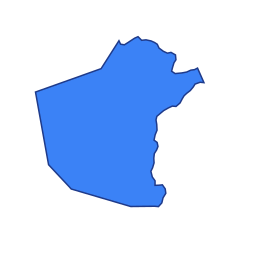 São José do Bonfim, Paraíba, Brazil, rotated 158°
{"feature_id": "56859067B5531543323181", "entity_name": "São José do Bonfim", "entity_type": "district", "adm_level": 2, "iso_a3": "BRA", "parent_name": "Brazil", "parent_adm1": "Paraíba", "projection": "orthographic", "projection_center": [-37.335, -7.141], "detail": "fine", "context": "isolated", "style": "filled", "palette": "blue", "viewbox_px": 256, "rotation_deg": 158, "n_neighbors": 0, "source": "geoboundaries", "source_scale": "gbopen_adm2", "svg_char_len": 1021}
<svg xmlns="http://www.w3.org/2000/svg" viewBox="0 0 256 256"><g transform="rotate(158 128 128)"><path d="M203.5,92.7L154.9,54.2L132.7,45.5L129.2,43.7L124.7,45.9L121.7,50.1L117.4,53.3L116.3,57.6L117.4,62.4L120.8,63.4L124.4,64.7L122.7,68.9L123.8,73.5L123.0,79.3L120.2,81.8L116.9,85.9L115.4,90.3L113.2,94.4L109.6,97.0L107.1,99.7L106.4,103.7L108.4,107.0L105.4,111.5L101.9,115.1L100.0,120.6L99.0,125.0L96.9,128.0L92.4,129.5L88.3,130.8L82.9,131.5L78.7,131.7L75.4,130.0L70.4,131.7L66.6,134.9L63.9,136.9L60.5,138.2L56.2,139.4L52.1,141.6L49.4,143.6L44.0,143.4L40.6,141.6L41.1,157.5L44.5,157.2L48.0,158.1L52.6,157.9L57.5,158.9L63.9,160.8L66.3,164.3L63.9,167.6L60.9,171.3L58.0,173.3L56.6,178.0L59.8,182.0L63.4,182.6L66.5,185.9L69.3,190.5L69.5,194.7L71.4,197.4L74.0,200.1L78.3,203.0L82.5,204.2L84.5,208.9L88.2,208.8L91.8,208.1L96.2,207.2L100.2,206.5L103.5,208.5L103.7,212.3L130.7,193.1L171.9,194.8L200.3,196.0L201.7,189.3L215.4,123.7L210.9,112.0L204.8,96.3L203.5,92.7Z" fill="#3b82f6" stroke="#1e3a8a" stroke-width="1.5"/></g></svg>